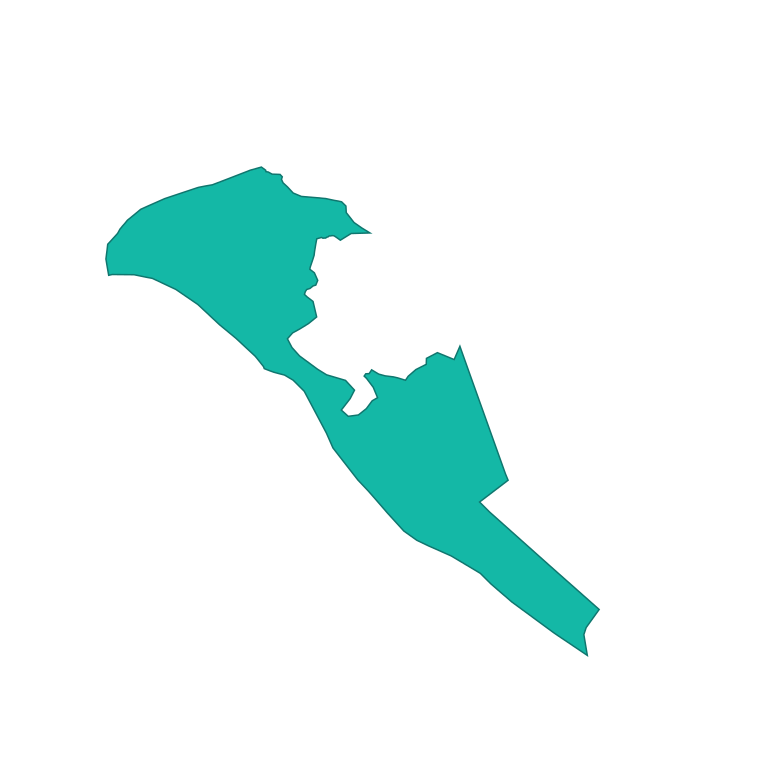 Takum, Taraba, Nigeria (Equal Earth projection), rotated 299°
{"feature_id": "59680162B27926848768432", "entity_name": "Takum", "entity_type": "district", "adm_level": 2, "iso_a3": "NGA", "parent_name": "Nigeria", "parent_adm1": "Taraba", "projection": "equal_earth", "projection_center": [9.974, 7.054], "detail": "fine", "context": "isolated", "style": "filled", "palette": "teal", "viewbox_px": 768, "rotation_deg": 299, "n_neighbors": 0, "source": "geoboundaries", "source_scale": "gbopen_adm2", "svg_char_len": 2380}
<svg xmlns="http://www.w3.org/2000/svg" viewBox="0 0 768 768"><g transform="rotate(299 384 384)"><path d="M345.6,90.5L348.0,93.2L358.4,112.4L362.4,125.2L363.8,129.3L364.1,130.4L365.8,156.1L363.3,182.6L356.1,211.4L352.2,232.3L345.9,257.7L345.0,260.1L340.8,270.2L339.4,271.8L340.2,277.7L340.9,282.0L342.1,286.9L343.6,292.7L343.3,302.6L339.0,317.7L338.7,318.2L313.1,357.5L303.3,370.4L296.2,387.0L287.8,406.7L287.4,407.6L283.0,421.5L280.2,429.4L272.7,449.9L265.0,472.7L263.2,488.6L264.0,501.5L265.7,520.5L266.2,526.1L265.1,560.0L261.0,574.4L259.0,583.8L257.4,591.6L255.3,601.6L249.8,644.6L248.7,653.2L248.2,658.5L245.8,686.4L245.2,693.4L261.7,680.3L269.0,678.9L291.1,681.5L300.3,640.1L300.6,638.7L305.8,615.4L323.3,538.1L327.1,524.8L360.0,539.2L364.2,533.9L424.8,465.0L434.2,454.3L451.4,434.8L453.8,432.1L439.4,433.5L437.3,415.5L427.0,408.7L421.7,411.4L412.1,404.9L402.5,401.4L397.7,401.0L396.0,393.0L394.8,388.8L391.7,381.1L390.1,374.6L390.4,366.3L385.9,366.0L384.1,363.1L381.3,362.8L380.4,366.1L375.9,376.2L368.9,385.0L363.6,381.8L353.9,380.5L344.5,376.6L338.4,368.4L340.5,359.3L354.8,361.5L364.3,361.2L368.5,348.6L364.2,329.3L364.7,318.8L367.6,296.5L371.3,285.8L376.7,277.6L384.4,279.3L391.2,283.6L400.3,288.7L407.5,291.6L410.0,292.6L415.3,287.8L421.8,281.9L422.9,274.5L423.8,271.0L426.7,270.4L429.2,270.6L430.8,272.1L431.6,272.9L435.5,274.5L437.4,276.4L442.5,275.8L447.5,269.2L448.4,263.5L450.5,262.8L453.3,262.3L458.2,261.4L462.6,260.5L466.3,259.0L473.3,256.5L478.4,254.8L481.9,258.3L481.9,259.9L482.6,260.9L483.4,262.3L484.4,262.6L485.8,263.9L486.6,264.1L487.3,264.7L487.7,265.7L488.4,266.3L489.0,267.4L489.4,268.6L489.1,272.1L488.6,276.1L499.7,282.3L509.3,298.5L509.7,289.2L510.7,279.5L515.6,267.9L521.2,264.4L522.8,258.6L521.9,255.5L520.5,251.5L517.9,243.0L516.5,239.9L515.6,237.7L508.0,220.8L507.0,212.0L509.6,204.0L511.0,198.2L513.3,195.1L515.9,194.6L516.9,191.5L515.6,188.9L513.3,184.4L513.3,180.0L512.5,177.8L513.6,176.9L514.3,171.6L506.1,163.3L504.5,162.0L486.4,146.9L475.0,137.3L470.5,131.7L466.2,126.6L465.1,125.5L459.2,120.1L454.2,115.5L453.0,114.4L447.0,108.9L439.8,102.3L434.5,98.3L428.7,93.9L424.2,90.5L418.8,86.5L412.1,83.9L402.9,80.2L398.4,79.4L394.9,78.6L394.0,78.5L391.6,78.0L386.6,78.0L383.5,77.3L380.6,76.6L375.9,75.5L372.3,74.6L370.6,75.3L366.5,77.0L363.7,78.1L358.5,80.2L351.8,85.5L345.6,90.5Z" fill="#14b8a6" stroke="#0f766e" stroke-width="1.5"/></g></svg>